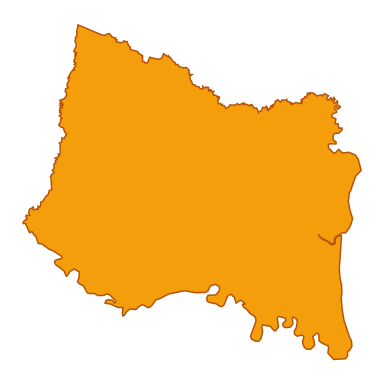 Aguadulce, Coclé, Panama
{"feature_id": "35544464B59836826406650", "entity_name": "Aguadulce", "entity_type": "district", "adm_level": 2, "iso_a3": "PAN", "parent_name": "Panama", "parent_adm1": "Coclé", "projection": "natural_earth1", "projection_center": [-80.598, 8.21], "detail": "fine", "context": "isolated", "style": "filled", "palette": "amber", "viewbox_px": 384, "rotation_deg": 0, "n_neighbors": 0, "source": "geoboundaries", "source_scale": "gbopen_adm2", "svg_char_len": 5854}
<svg xmlns="http://www.w3.org/2000/svg" viewBox="0 0 384 384"><path d="M30.6,232.6L31.3,231.5L32.3,231.9L33.7,234.7L35.8,236.2L38.3,243.5L41.9,243.9L48.7,249.0L54.3,251.5L61.6,256.4L62.1,257.6L61.7,258.5L55.7,260.1L54.8,261.2L54.7,262.8L55.8,264.8L64.0,270.9L66.2,276.2L67.3,275.9L69.9,271.5L74.0,269.0L79.3,271.9L79.0,277.5L77.5,281.8L79.4,283.9L83.5,285.9L87.1,292.7L88.7,293.5L94.1,293.5L98.3,295.6L103.8,295.4L106.7,293.9L109.7,294.9L115.5,300.6L115.6,302.6L114.3,302.8L112.3,300.2L108.0,299.7L105.9,300.5L105.1,303.2L110.7,304.1L117.6,307.4L122.9,307.6L122.4,314.5L123.0,315.9L124.2,315.4L126.3,312.1L129.2,309.5L131.9,308.9L135.7,309.7L138.9,306.5L141.9,304.9L143.7,305.0L147.9,307.6L149.4,307.4L151.9,305.5L155.8,299.9L160.1,298.5L168.4,294.1L184.5,290.7L194.8,292.6L205.0,292.5L207.9,291.0L210.3,286.0L215.4,284.3L219.0,286.4L219.6,288.6L219.1,291.0L215.8,295.0L208.1,295.3L206.7,298.0L207.2,301.2L209.5,302.5L216.2,303.8L219.9,306.3L222.3,306.6L224.3,304.3L227.4,296.4L230.6,294.2L234.3,297.2L236.1,303.1L240.4,300.2L243.9,302.4L244.9,304.0L242.8,304.1L242.4,304.7L243.5,307.0L247.2,309.9L250.1,313.5L254.4,316.2L255.9,318.9L255.8,321.9L250.5,336.3L251.7,339.2L255.7,341.2L259.0,341.1L261.1,338.3L262.7,331.4L261.7,326.4L262.6,325.0L270.4,326.3L273.8,330.5L275.6,330.8L278.6,326.6L277.2,318.2L278.3,316.7L279.5,316.6L285.5,318.2L285.6,320.9L282.9,323.4L282.9,325.5L283.8,326.9L286.0,327.7L290.5,327.0L292.8,324.0L292.3,318.0L293.5,316.9L296.7,319.6L297.3,322.4L296.2,328.0L294.3,331.0L294.5,334.2L297.2,336.2L301.3,335.1L303.4,335.9L303.9,337.0L302.6,341.2L302.9,344.1L304.5,347.6L306.7,349.1L310.6,349.3L314.4,345.6L314.4,342.3L312.8,336.7L316.7,333.1L318.7,333.9L319.1,340.8L321.7,343.0L328.0,345.8L328.6,347.6L327.9,353.0L333.5,359.4L345.5,358.8L347.5,356.1L347.7,351.2L349.6,350.5L351.9,346.3L351.4,340.6L349.5,337.1L344.0,320.4L342.1,309.0L341.1,296.3L341.9,294.0L341.5,284.7L340.0,278.1L339.3,269.0L341.5,235.8L340.3,235.4L336.2,237.5L335.3,238.9L335.0,243.5L333.2,244.6L331.0,244.7L328.2,241.9L323.5,239.8L320.1,237.4L318.8,235.3L318.6,234.3L319.6,236.3L322.1,238.4L328.2,241.4L332.1,244.3L334.4,242.5L334.3,239.1L335.8,236.7L342.8,232.8L345.6,232.8L348.8,228.6L350.9,224.6L352.6,218.6L349.9,210.1L348.3,201.4L349.4,192.5L350.4,191.5L355.5,176.3L361.0,170.6L360.9,169.5L358.2,159.0L355.1,154.9L348.8,152.3L342.3,153.0L338.8,149.3L335.4,152.8L333.4,153.0L328.3,147.6L328.3,145.2L329.4,143.8L335.9,143.9L336.1,141.9L333.8,140.4L333.1,138.8L333.4,134.7L335.1,133.3L338.8,133.1L341.7,130.4L342.2,128.7L341.7,128.0L338.8,128.1L338.0,123.8L335.2,123.7L335.8,118.7L332.6,117.6L331.7,116.1L332.5,114.0L336.6,112.3L336.4,110.9L334.4,108.1L334.9,106.3L336.3,106.6L337.5,109.2L340.0,107.7L340.1,106.3L337.3,104.9L337.7,101.5L337.1,100.8L335.7,102.7L334.0,103.1L333.7,101.5L335.1,99.3L333.9,97.4L331.9,100.4L330.8,97.7L328.5,100.0L327.3,99.9L326.6,98.0L328.5,95.7L324.4,93.7L322.2,96.0L321.2,94.9L316.5,96.0L315.1,94.0L313.8,94.0L313.0,93.0L310.7,92.7L309.4,94.3L309.1,93.1L308.3,94.0L307.5,93.2L306.3,97.4L304.8,96.8L304.1,98.3L302.4,98.8L302.5,99.8L301.4,99.8L301.9,100.9L301.3,100.8L301.0,102.3L302.0,102.4L301.8,103.7L295.7,102.5L293.9,103.9L292.1,103.1L292.4,104.0L291.7,104.6L290.3,103.5L290.3,102.2L287.3,101.4L286.7,99.4L285.8,100.4L282.1,99.9L280.6,102.1L277.7,99.8L275.2,101.3L274.8,103.7L272.2,105.3L273.4,106.1L273.0,107.0L271.0,105.8L270.3,107.3L271.0,108.2L268.7,108.8L268.4,110.6L267.0,109.9L267.3,107.7L266.3,106.2L264.9,107.9L262.7,107.3L261.3,110.8L259.0,111.6L258.5,112.6L256.9,108.2L254.1,108.1L252.0,104.7L250.3,104.6L250.2,105.7L249.5,105.9L246.3,104.1L244.1,104.5L244.2,103.4L243.2,103.8L243.0,103.1L239.3,105.0L237.4,103.6L234.6,105.2L230.0,104.9L228.7,106.9L226.0,108.4L224.6,106.0L222.7,105.4L222.3,104.4L221.4,105.2L220.6,103.6L218.4,103.6L217.7,100.5L219.3,98.7L219.3,97.0L218.1,96.4L217.7,97.6L215.8,95.2L213.6,95.3L212.7,93.1L213.8,91.5L212.7,91.7L211.1,90.0L210.4,91.2L209.7,89.8L208.6,90.8L208.5,87.4L206.9,87.7L206.5,86.9L204.1,88.1L202.8,86.4L202.6,88.5L201.8,89.1L200.1,88.7L199.0,86.9L195.7,86.2L195.0,84.9L192.6,84.7L191.7,81.6L190.2,79.7L189.9,77.1L190.2,75.9L192.0,74.7L188.9,74.2L189.3,71.1L188.5,69.4L186.4,67.6L182.6,67.7L178.9,66.5L177.7,64.4L175.5,64.5L175.0,62.4L173.5,62.0L170.0,57.1L168.7,57.0L168.4,55.7L167.4,56.4L163.8,53.7L161.4,58.5L158.0,59.3L149.7,57.2L147.7,62.5L145.3,63.2L144.3,61.8L142.6,61.4L142.6,55.7L141.4,55.7L141.1,54.5L138.3,53.3L138.0,51.6L130.4,49.6L130.2,47.0L128.8,46.0L127.0,41.5L126.0,41.9L123.9,40.8L122.9,42.2L121.0,42.8L116.2,41.8L117.0,39.9L115.3,39.3L115.6,37.9L112.4,37.2L109.6,33.8L108.2,33.6L104.9,35.3L101.9,35.0L77.3,24.6L78.1,25.4L76.7,31.6L77.0,36.2L75.3,37.6L75.7,38.5L74.9,41.5L76.1,43.1L76.2,46.1L73.8,51.4L76.5,52.7L76.1,55.1L75.1,53.8L75.0,58.7L73.9,60.2L74.0,62.0L75.7,62.7L74.3,64.5L75.6,65.1L75.6,66.2L73.7,68.3L74.3,70.1L73.0,69.8L70.5,73.1L68.8,76.4L69.7,77.8L68.0,77.7L68.8,81.6L67.4,83.0L66.9,85.5L68.4,87.7L65.7,88.7L65.2,91.2L67.0,94.4L64.6,98.5L59.8,100.4L60.9,101.3L59.9,103.3L60.9,104.3L60.0,105.1L61.7,105.2L61.5,103.6L62.2,102.8L63.2,104.9L62.2,106.3L62.4,107.8L61.5,108.1L60.7,106.7L60.1,107.2L59.5,110.8L60.2,111.6L60.8,111.1L60.9,112.2L59.8,112.6L61.4,114.1L59.3,115.8L61.9,118.2L60.8,118.9L60.6,121.4L58.7,125.0L60.5,126.8L63.4,127.9L64.6,131.9L66.5,134.1L64.1,138.6L62.0,137.8L61.5,142.1L59.2,143.1L60.2,144.5L60.1,154.5L59.3,155.1L58.4,154.3L58.7,156.7L55.0,158.2L57.1,159.6L55.2,161.0L55.7,163.1L54.1,163.8L53.8,169.1L52.3,170.4L54.2,172.7L52.0,174.1L50.4,176.6L51.0,177.7L51.7,189.8L49.3,190.4L48.3,194.3L45.8,196.5L42.8,201.3L40.7,202.1L40.4,206.4L39.5,207.2L38.1,206.2L37.9,209.5L36.2,208.9L33.7,209.9L33.0,209.0L33.5,206.4L32.6,207.7L29.7,209.0L28.5,213.0L29.9,214.9L28.7,215.6L26.2,215.2L25.8,216.4L27.2,218.7L24.2,220.9L23.0,222.7L23.2,223.6L25.5,223.6L29.4,232.4L30.6,232.6Z" fill="#f59e0b" stroke="#b45309" stroke-width="1.5"/></svg>